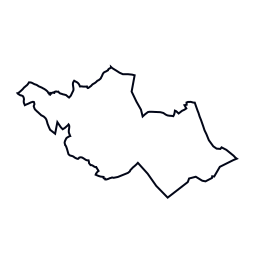 Ibadan North West, Oyo, Nigeria, rotated 158°
{"feature_id": "59680162B17793632216798", "entity_name": "Ibadan North West", "entity_type": "district", "adm_level": 2, "iso_a3": "NGA", "parent_name": "Nigeria", "parent_adm1": "Oyo", "projection": "natural_earth1", "projection_center": [3.873, 7.409], "detail": "fine", "context": "isolated", "style": "outline", "palette": "ink", "viewbox_px": 256, "rotation_deg": 158, "n_neighbors": 0, "source": "geoboundaries", "source_scale": "gbopen_adm2", "svg_char_len": 4770}
<svg xmlns="http://www.w3.org/2000/svg" viewBox="0 0 256 256"><g transform="rotate(158 128 128)"><path d="M144.9,86.4L142.9,87.0L142.6,87.1L141.5,88.1L139.9,88.8L138.2,89.6L136.9,90.0L135.4,90.5L133.6,91.2L131.9,92.0L126.9,78.3L123.5,63.7L117.3,48.6L92.8,55.5L90.3,58.3L83.4,57.4L78.9,51.3L76.1,49.5L68.9,50.2L68.0,51.7L66.3,50.7L57.4,57.6L42.2,58.8L38.6,58.8L39.5,60.2L40.5,62.8L45.0,70.9L48.5,75.0L50.2,74.0L53.6,75.7L55.8,79.1L57.6,86.4L57.6,92.8L57.9,97.2L57.6,101.7L57.3,108.2L57.3,111.8L57.0,115.6L57.0,117.8L56.8,122.5L56.6,126.5L57.9,127.1L60.0,128.7L62.7,129.7L64.2,129.7L64.9,127.6L67.1,128.0L66.6,124.3L68.9,123.8L71.4,123.7L75.6,122.5L77.0,125.5L78.0,126.5L79.0,124.8L80.3,123.1L81.6,122.0L83.0,122.9L84.9,123.8L86.7,124.9L88.0,126.3L89.6,128.7L92.0,130.5L94.6,131.7L95.7,132.2L99.2,133.8L102.0,135.0L103.6,135.3L107.2,134.3L110.1,133.2L109.1,140.2L110.3,149.3L111.0,160.4L102.1,174.4L104.3,176.0L107.7,177.8L112.6,179.8L115.1,182.4L117.5,185.8L118.7,187.4L120.2,189.5L120.9,191.0L121.0,190.7L121.9,190.2L122.4,190.1L123.1,190.1L123.8,189.9L124.3,189.7L124.6,189.5L124.9,189.0L125.9,188.9L126.3,188.8L127.0,188.7L127.7,188.7L129.1,188.6L130.0,188.3L131.0,187.6L131.7,187.0L132.4,186.2L133.1,185.6L134.0,184.9L134.4,184.4L135.3,183.9L136.4,183.6L137.3,183.3L137.7,183.3L138.7,183.3L139.3,183.0L140.3,182.6L141.2,182.3L142.1,182.1L144.4,181.8L145.4,181.4L146.3,180.9L147.8,180.5L149.8,180.0L150.3,180.1L150.6,180.7L150.6,181.3L150.5,181.6L150.5,181.9L151.3,182.1L152.6,182.6L154.3,183.3L155.2,183.9L157.0,184.5L157.0,185.0L157.0,185.9L157.0,186.5L157.2,187.4L157.6,188.5L158.1,189.4L159.1,190.6L160.2,192.0L161.0,191.5L162.2,190.3L162.8,189.0L163.3,187.0L163.7,185.3L164.1,184.2L164.6,183.3L166.4,181.7L168.9,179.4L171.2,178.3L171.5,178.6L172.1,179.8L172.8,181.1L173.1,181.7L173.6,182.1L174.8,183.0L175.6,183.5L176.8,184.6L177.9,185.4L178.3,186.0L178.7,186.8L179.0,187.8L179.3,187.8L179.7,188.0L180.0,188.1L180.4,188.4L180.7,188.6L180.9,188.8L181.3,188.9L181.6,188.9L182.3,189.0L182.6,189.0L182.7,188.8L182.9,188.6L183.0,188.3L183.2,188.1L183.4,188.2L183.7,188.5L184.0,188.9L184.3,189.0L184.8,189.1L185.3,189.1L185.7,189.1L185.9,188.9L186.1,188.7L187.0,189.7L187.3,189.4L187.6,188.7L187.8,188.2L188.2,188.5L188.1,188.9L188.4,189.5L188.8,190.6L188.8,191.3L189.0,192.1L189.9,193.9L190.9,195.4L191.8,196.5L192.2,196.9L192.5,197.4L192.8,197.7L193.1,198.1L193.6,198.5L194.1,199.1L194.7,199.6L195.1,200.1L195.3,200.3L195.5,200.7L195.9,201.2L196.1,201.6L196.3,201.8L196.8,202.4L197.9,203.3L198.8,204.2L199.6,205.2L200.6,206.3L201.2,206.6L201.3,206.7L201.4,206.8L201.6,206.9L201.7,207.0L202.1,207.1L202.7,207.4L202.9,207.2L203.2,207.0L203.7,206.7L204.4,206.2L205.1,205.8L205.8,205.5L206.9,205.2L208.0,204.8L209.1,204.5L210.4,203.8L211.2,203.4L212.2,203.0L213.8,202.4L214.7,202.1L215.6,201.8L216.4,201.7L216.9,201.5L217.4,201.6L217.3,201.1L217.0,200.8L216.8,200.4L216.4,199.8L215.5,198.6L214.6,198.1L213.8,197.2L213.5,196.8L213.4,196.3L213.4,194.8L213.7,193.5L214.0,193.1L214.7,191.8L215.1,190.4L215.1,187.8L213.4,187.9L211.5,187.9L208.3,188.1L206.3,187.9L205.8,187.5L205.5,187.3L205.6,186.4L205.7,185.8L205.8,185.2L206.0,184.9L206.4,184.5L206.9,184.0L207.1,183.7L207.3,183.3L207.3,182.8L207.3,182.4L207.4,181.2L207.3,180.4L207.2,179.9L207.0,179.4L206.6,178.6L206.2,177.6L206.0,177.2L205.8,176.8L205.5,176.3L204.7,174.5L204.0,173.1L203.7,172.3L203.3,171.9L202.5,171.0L201.8,170.1L201.5,169.5L201.2,168.8L200.8,167.9L200.7,167.3L200.6,166.6L200.6,165.6L200.7,164.7L200.8,163.6L200.9,162.8L201.0,162.3L201.0,162.0L201.0,161.4L201.0,160.1L201.0,157.9L200.9,156.0L200.9,155.5L200.4,154.7L199.8,153.6L198.4,151.2L197.7,150.0L191.3,159.9L190.0,153.8L189.0,151.3L186.6,151.7L182.9,153.0L182.3,153.3L181.8,153.6L181.7,153.1L181.6,152.7L181.7,152.1L181.9,151.3L182.4,150.3L183.2,148.9L183.7,148.1L184.4,146.5L184.5,146.0L184.6,144.9L184.6,142.2L185.1,142.3L186.1,142.2L186.9,142.1L187.0,142.1L187.7,142.0L188.8,141.7L189.0,141.6L189.7,141.0L190.8,140.0L191.4,139.4L191.9,138.7L192.2,138.3L192.4,137.5L192.5,136.8L192.5,136.2L192.7,135.8L192.4,135.1L192.3,133.7L192.4,131.6L192.7,128.7L193.0,126.2L192.6,125.1L192.0,124.2L190.9,123.4L189.9,122.6L189.2,121.8L188.6,120.7L187.5,119.4L186.8,118.7L186.1,118.2L185.6,118.1L184.3,118.8L183.2,118.7L181.8,118.0L180.8,116.8L179.9,115.5L179.1,114.3L178.0,113.3L176.7,112.8L176.9,111.3L177.3,110.0L176.6,107.6L176.2,107.5L175.6,107.2L174.6,106.1L174.0,105.1L172.9,103.9L172.1,103.7L171.8,101.5L171.5,99.9L171.4,99.2L172.8,98.8L174.3,97.9L174.7,97.7L175.5,96.8L173.9,95.2L173.3,94.6L171.7,93.3L171.0,92.9L169.0,91.8L169.4,90.8L169.4,90.5L168.2,89.6L168.4,89.1L168.4,88.8L167.4,88.4L166.7,88.3L165.1,88.2L163.8,88.3L162.3,88.1L161.3,88.1L160.9,87.8L160.0,87.2L155.8,86.4L144.9,86.4Z" fill="none" stroke="#020617" stroke-width="2"/></g></svg>